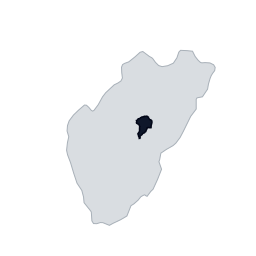 location of Langthil, Tongsa, Bhutan, rotated 302°
{"feature_id": "84629894B85731212133965", "entity_name": "Langthil", "entity_type": "district", "adm_level": 2, "iso_a3": "BTN", "parent_name": "Bhutan", "parent_adm1": "Tongsa", "projection": "orthographic", "projection_center": [90.569, 27.339], "detail": "fine", "context": "in_parent", "style": "filled", "palette": "ink", "viewbox_px": 256, "rotation_deg": 302, "n_neighbors": 0, "source": "geoboundaries", "source_scale": "gbopen_adm2", "svg_char_len": 4646}
<svg xmlns="http://www.w3.org/2000/svg" viewBox="0 0 256 256"><g transform="rotate(302 128 128)"><path d="M200.2,110.9L199.9,112.4L198.2,116.5L197.2,120.9L198.1,124.4L201.9,128.7L207.0,132.1L213.4,132.3L219.3,130.9L221.7,131.4L224.9,137.1L227.3,142.0L224.2,147.1L222.6,151.6L222.0,154.8L222.4,156.1L224.3,158.7L226.6,163.0L227.0,167.1L225.6,169.8L222.6,171.1L219.3,170.8L216.6,170.8L213.3,171.4L208.0,172.9L203.1,174.9L193.9,174.6L190.2,170.6L188.5,170.6L180.2,175.8L171.1,175.0L154.5,176.7L147.6,177.2L140.5,176.6L136.9,175.5L130.2,171.9L124.1,169.2L118.0,171.6L115.8,172.1L110.8,178.3L100.1,180.3L89.4,181.7L86.2,180.9L80.2,180.4L80.0,179.0L80.2,177.6L78.8,176.5L76.4,175.3L72.2,174.8L66.8,173.2L63.7,171.7L52.8,173.7L46.4,170.4L39.2,165.8L35.6,163.8L34.4,156.8L33.1,154.6L30.3,152.2L28.7,149.4L30.1,146.6L37.3,141.4L37.9,140.2L41.4,130.3L46.0,126.8L50.6,121.9L54.2,114.0L60.9,105.9L68.2,97.6L73.3,90.9L76.6,87.7L83.5,84.4L89.2,82.4L93.2,77.9L98.0,75.4L102.9,74.3L110.1,74.9L116.9,76.6L124.4,78.9L125.3,80.7L124.7,83.9L123.6,87.2L123.5,88.9L124.7,89.8L132.0,90.4L141.0,89.9L146.1,90.4L157.3,93.4L160.6,95.5L164.1,97.1L167.4,96.8L171.7,93.3L176.1,90.3L178.9,89.8L180.9,90.8L184.5,93.6L191.9,96.2L198.6,98.1L200.7,100.0L200.0,108.2L200.2,110.9Z" fill="#d9dde1" stroke="#a8b0b8" stroke-width="1"/><path d="M126.1,143.6L126.3,143.3L126.4,143.1L126.5,143.0L126.9,142.8L127.0,142.7L127.3,142.7L127.7,142.7L127.9,142.7L128.4,142.9L128.8,143.0L129.1,143.0L129.5,143.1L129.6,143.3L129.9,143.3L130.0,143.4L130.4,143.4L130.6,143.4L130.9,143.3L131.0,143.3L131.3,143.5L131.5,143.7L131.8,143.8L132.0,143.9L132.3,144.0L132.5,144.4L132.6,144.5L132.8,144.5L133.0,144.6L133.3,144.6L133.5,144.6L134.0,144.6L134.3,144.8L134.4,144.7L134.5,144.7L134.6,144.9L134.8,144.8L135.0,144.7L135.3,144.7L135.5,144.7L135.8,144.6L136.0,144.6L136.4,144.6L136.5,144.6L136.8,144.5L137.0,144.4L137.3,144.5L137.5,144.5L137.6,144.4L137.9,144.2L138.0,144.2L138.3,144.1L138.5,144.1L138.7,144.3L138.6,144.5L138.8,144.6L138.9,144.8L139.0,145.0L139.3,145.2L139.3,145.3L139.5,145.4L139.5,145.5L139.6,145.8L139.6,146.0L139.7,146.3L139.8,146.4L139.9,146.5L140.0,146.6L140.1,146.9L140.2,147.0L140.3,147.0L140.4,147.3L140.5,147.4L140.8,147.2L141.0,147.0L141.1,146.9L141.3,146.9L141.6,146.8L141.7,146.7L141.9,146.6L142.0,146.5L142.1,146.4L142.3,146.4L142.5,146.3L142.8,146.2L143.0,146.1L143.3,146.1L143.6,145.9L144.2,145.8L144.3,145.7L144.5,145.6L144.8,145.6L145.0,145.5L145.3,145.4L145.5,145.3L145.7,145.2L145.8,145.1L146.0,145.0L146.1,144.9L146.2,144.7L146.5,144.5L146.5,144.4L146.8,144.2L146.9,143.9L146.9,143.7L146.7,143.4L146.8,143.3L146.8,143.2L147.0,142.9L146.9,142.8L146.9,142.7L146.8,142.4L146.7,142.2L146.7,141.9L146.8,141.7L146.9,141.4L146.9,141.2L147.0,141.0L147.1,140.9L147.2,140.4L147.3,140.3L147.4,140.2L147.5,140.1L147.5,139.9L147.7,139.6L147.8,139.5L147.9,139.4L148.0,139.4L148.0,139.0L148.0,138.9L148.1,138.6L148.1,138.4L148.1,138.2L148.1,137.9L148.0,137.6L147.9,137.5L147.7,137.3L147.3,137.0L147.2,136.9L147.1,136.6L147.0,136.4L147.0,136.2L146.8,136.2L146.6,136.1L146.3,135.9L146.3,135.7L146.1,135.7L145.9,135.6L145.8,135.4L145.8,135.2L145.7,135.2L145.4,134.8L145.4,134.7L145.2,134.5L144.9,134.5L144.8,134.3L144.7,134.2L144.4,133.9L144.4,133.7L144.0,133.6L143.8,133.5L143.7,133.5L143.5,133.4L143.3,133.1L142.6,133.0L142.3,132.9L142.1,132.9L141.9,132.8L141.7,132.7L141.5,132.4L141.4,132.2L141.5,132.1L141.4,131.9L141.2,131.9L140.8,131.7L140.7,131.7L140.4,131.7L140.1,131.8L139.9,131.8L139.7,131.7L139.2,131.6L139.1,131.4L138.9,131.2L138.8,131.3L138.7,131.3L138.6,131.5L138.3,131.8L138.1,131.9L137.9,132.0L137.7,132.1L137.2,132.2L137.0,132.3L136.9,132.4L136.8,132.5L136.7,132.7L136.6,132.8L136.6,133.1L136.7,133.3L136.7,133.5L136.6,133.9L136.6,134.1L136.8,134.3L136.8,134.7L136.8,134.8L136.8,135.4L136.6,135.6L136.4,135.8L136.2,136.1L136.1,136.4L136.0,136.5L135.9,136.5L135.7,136.8L135.5,137.0L135.4,137.1L135.4,137.4L135.2,137.4L135.0,137.5L134.7,137.5L134.4,137.6L134.1,137.9L134.0,138.0L133.8,138.1L133.7,138.2L133.3,138.2L133.2,138.4L132.9,138.5L132.8,138.8L132.7,138.8L132.5,139.0L132.4,139.0L132.1,139.1L131.7,139.2L131.5,139.3L131.4,139.4L131.2,139.5L130.9,139.5L130.7,139.5L130.3,139.5L130.2,139.6L129.8,139.5L129.7,139.5L129.4,139.5L129.2,139.5L128.9,139.4L128.7,139.4L128.5,139.5L128.3,139.5L128.3,139.8L128.2,139.9L128.1,140.1L127.9,140.2L127.7,140.2L127.2,140.8L127.1,141.0L126.9,141.1L126.8,141.3L126.6,141.4L126.5,141.6L126.4,141.6L126.3,141.8L126.3,142.0L126.2,142.1L126.1,142.3L125.9,142.5L125.5,142.7L125.4,142.8L125.2,143.0L125.4,143.1L125.5,143.2L125.6,143.3L125.6,143.5L125.8,143.5L126.1,143.6Z" fill="#0f172a" stroke="#020617" stroke-width="1.5"/></g></svg>